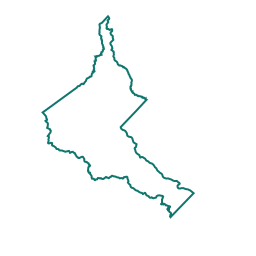 outline of Japurá, Amazonas, Brazil, rotated 44°
{"feature_id": "56859067B39136722056704", "entity_name": "Japurá", "entity_type": "district", "adm_level": 2, "iso_a3": "BRA", "parent_name": "Brazil", "parent_adm1": "Amazonas", "projection": "orthographic", "projection_center": [-68.104, -1.386], "detail": "fine", "context": "isolated", "style": "outline", "palette": "teal", "viewbox_px": 256, "rotation_deg": 44, "n_neighbors": 0, "source": "geoboundaries", "source_scale": "gbopen_adm2", "svg_char_len": 5758}
<svg xmlns="http://www.w3.org/2000/svg" viewBox="0 0 256 256"><g transform="rotate(44 128 128)"><path d="M220.5,162.6L220.5,129.3L216.1,129.7L213.8,130.5L211.8,131.9L209.6,132.8L208.3,134.1L207.5,135.4L206.1,136.4L204.8,136.1L203.8,135.2L203.6,134.7L204.0,132.5L203.8,132.1L202.9,131.8L202.0,132.2L200.5,132.1L199.9,132.2L198.4,133.8L196.8,134.6L195.4,134.8L191.9,136.4L190.6,137.8L188.4,138.8L186.9,138.8L184.9,137.7L183.7,137.6L181.7,138.1L180.4,138.0L178.7,138.2L176.2,137.3L174.7,137.5L172.7,136.9L171.5,136.8L170.0,136.9L168.1,137.9L165.2,138.1L163.9,138.7L161.9,138.2L160.9,138.3L159.9,138.6L158.9,138.7L158.1,139.2L157.4,140.7L157.0,140.7L155.0,139.6L152.7,140.1L151.0,140.1L149.7,139.6L148.1,138.5L147.2,138.3L146.7,137.5L146.9,136.2L146.7,135.8L145.4,133.7L142.5,134.4L141.5,134.3L138.5,132.6L137.1,132.3L136.0,132.7L134.9,133.6L133.1,134.0L132.4,133.7L130.6,132.5L128.2,132.0L126.6,132.4L125.3,133.1L123.6,133.2L122.1,132.4L122.0,110.3L121.7,95.1L121.4,95.3L121.0,95.0L121.1,95.4L120.7,95.1L119.8,95.1L119.8,94.8L119.6,94.8L119.6,95.0L119.1,94.9L118.7,95.3L118.3,95.2L118.0,95.6L117.3,95.2L117.4,95.3L117.2,95.9L116.8,95.6L116.2,95.8L116.2,96.2L114.7,96.7L113.7,97.6L113.3,97.5L112.9,98.1L112.0,98.3L111.2,98.2L110.2,98.9L110.0,99.4L109.3,99.1L108.4,99.0L107.5,99.3L107.4,99.1L106.9,99.0L106.5,99.3L105.9,99.2L105.7,98.8L105.5,99.1L104.1,98.7L103.7,98.3L103.1,97.9L103.0,98.0L102.5,97.6L102.3,97.8L102.0,97.4L101.4,97.0L101.0,96.5L101.1,95.9L100.8,95.7L100.8,95.0L100.3,94.6L99.9,93.8L98.8,93.0L98.5,92.1L97.5,90.8L96.5,90.4L95.2,90.3L94.4,89.8L93.7,89.8L92.2,88.9L90.8,88.7L90.0,88.1L88.0,87.4L87.4,86.9L86.3,86.8L85.6,86.6L84.5,87.0L83.1,86.9L82.9,87.2L82.4,87.2L82.3,87.7L80.9,87.5L80.0,88.0L79.0,88.3L78.4,89.1L77.5,89.1L76.5,89.3L75.5,88.6L73.8,88.1L72.0,88.5L70.7,88.3L69.6,87.1L68.0,86.8L67.6,86.5L66.7,84.8L65.7,84.1L65.1,83.3L64.5,83.0L63.9,83.2L62.9,83.1L62.0,83.4L61.6,83.0L61.5,81.7L60.9,81.2L59.0,80.2L57.5,80.0L56.8,79.6L56.2,78.9L56.1,78.4L56.2,74.8L54.2,73.6L53.6,72.8L52.9,72.4L51.0,72.6L49.6,72.0L49.3,71.5L49.1,70.8L49.3,69.6L49.2,69.2L48.4,68.3L47.7,68.1L47.4,68.5L47.0,69.6L46.7,70.2L45.1,70.4L44.2,71.3L43.5,71.3L42.9,70.7L42.8,70.1L42.4,69.7L41.7,69.4L40.8,68.7L40.6,68.2L40.3,65.7L39.9,65.3L38.8,65.0L38.6,64.5L38.8,63.0L38.5,62.3L37.5,61.8L36.0,61.6L36.2,70.4L35.9,71.4L35.5,72.0L35.5,73.3L38.3,75.5L38.6,76.2L40.5,78.5L41.0,78.7L41.6,79.9L43.0,80.7L43.5,80.5L44.4,80.6L45.2,80.5L46.2,82.1L46.6,82.1L47.5,82.6L47.6,83.0L48.4,83.0L49.6,84.2L49.9,84.4L50.3,85.1L52.2,85.8L52.4,86.1L54.3,86.8L54.4,87.5L54.9,87.5L55.7,87.8L55.9,88.2L55.7,89.4L56.1,89.6L56.7,90.7L56.2,92.1L56.6,92.4L56.9,93.2L57.3,93.0L57.6,93.3L57.5,93.8L58.0,93.9L57.2,95.2L57.1,96.0L56.3,97.0L56.2,97.7L55.4,98.2L55.6,98.6L55.2,99.0L55.6,99.0L55.5,99.4L55.9,99.5L55.8,99.9L56.9,100.8L57.1,101.3L57.6,101.3L58.1,101.8L58.2,102.3L57.6,103.2L58.8,104.0L59.2,104.1L59.9,105.2L59.7,106.8L59.9,107.2L60.6,107.3L60.9,107.7L62.6,108.9L62.6,109.6L63.2,110.3L63.6,110.1L64.5,110.4L64.6,110.9L63.8,111.6L63.5,111.6L63.5,112.0L64.0,112.2L64.4,112.6L64.2,113.7L64.4,114.2L65.7,116.0L65.6,117.0L64.9,117.6L64.9,118.9L64.1,121.0L64.4,122.1L65.1,123.7L65.1,125.6L65.5,126.5L65.5,127.3L64.2,128.0L63.8,129.4L63.9,131.3L62.9,132.9L63.1,134.6L55.8,176.1L60.7,176.5L61.6,176.9L62.3,177.6L63.8,178.1L64.1,178.4L63.7,180.2L64.4,180.4L64.9,180.2L66.7,180.2L67.6,180.7L69.3,182.9L69.4,183.5L69.7,184.1L72.9,183.1L73.4,183.6L74.0,183.5L74.5,183.7L75.4,185.3L75.5,187.1L76.0,188.2L75.7,189.1L75.9,189.6L76.9,189.2L77.4,189.5L78.0,190.1L78.5,191.3L79.7,192.2L80.8,194.2L81.2,194.4L81.7,194.1L82.1,193.7L82.8,192.2L83.8,191.6L84.4,192.0L85.0,193.0L85.8,193.2L86.5,192.9L86.8,192.6L88.0,192.5L89.3,192.2L91.1,192.7L92.7,191.5L94.0,191.7L94.6,191.5L96.2,190.0L99.3,188.7L101.5,185.5L102.7,185.7L103.4,186.2L103.7,185.9L104.2,184.2L104.8,183.5L106.2,183.5L106.9,183.0L107.3,183.1L107.6,183.3L108.1,183.3L108.7,183.7L109.4,183.7L111.0,184.3L111.8,184.0L113.1,184.1L114.0,183.2L114.1,182.5L114.8,180.9L115.3,180.2L115.8,180.1L118.2,180.7L118.5,181.2L119.6,182.1L120.7,182.1L121.8,181.1L122.7,181.2L124.4,180.8L125.3,181.6L126.0,181.2L126.7,181.3L127.0,182.1L126.7,183.2L126.8,183.8L129.0,186.6L129.5,186.5L129.7,186.9L130.8,187.4L131.6,186.5L131.9,186.5L132.7,187.4L134.5,187.6L135.4,188.0L136.3,189.0L137.4,189.4L138.0,188.7L138.7,188.3L140.2,188.6L140.5,188.4L140.6,187.3L141.4,186.4L141.1,184.9L141.9,184.2L143.1,183.6L143.3,182.9L144.5,182.7L145.5,182.0L145.7,181.6L146.2,178.5L146.6,178.3L147.4,178.3L148.0,177.7L148.9,177.6L149.2,176.8L149.2,175.5L149.7,174.7L149.5,173.9L149.6,173.6L150.3,173.0L151.2,172.8L152.6,171.7L153.3,171.4L153.8,171.4L155.8,170.1L157.1,169.9L157.9,168.6L159.4,168.0L159.6,167.3L159.2,166.6L159.2,166.3L160.9,163.9L161.6,163.8L163.0,164.9L164.4,165.4L165.4,166.1L165.7,167.2L166.9,167.5L169.4,167.4L170.2,168.2L171.4,168.5L172.1,168.4L173.5,167.6L176.7,167.4L177.4,167.2L178.5,166.5L179.8,166.4L181.5,166.0L183.3,165.0L184.5,165.2L184.7,164.9L185.1,163.0L185.4,162.8L186.2,162.9L188.0,163.6L190.2,162.7L190.9,163.0L192.2,162.9L192.8,162.4L193.2,161.4L194.4,161.3L195.1,160.9L195.6,159.8L196.4,158.9L196.5,158.5L196.0,157.1L196.4,155.7L197.3,154.7L200.0,152.9L200.9,152.9L201.1,153.3L201.3,154.1L201.9,154.7L202.1,155.8L204.3,158.0L205.0,158.3L205.2,158.6L204.6,159.1L204.6,159.7L204.8,159.8L205.2,159.6L205.2,159.2L205.7,158.7L206.3,158.6L206.1,157.9L206.7,157.4L208.0,157.1L208.5,157.1L208.8,157.4L209.4,156.8L210.5,156.5L212.0,155.6L212.8,155.3L213.0,155.5L213.2,156.1L213.2,157.0L213.6,157.5L212.4,157.6L212.4,158.0L212.6,158.9L213.2,158.8L213.6,159.2L214.2,158.9L214.4,159.4L215.1,159.3L216.4,159.6L217.2,159.3L218.0,159.4L218.7,159.9L218.9,160.6L218.9,161.2L219.4,161.5L219.7,162.4L220.5,162.6Z" fill="none" stroke="#0f766e" stroke-width="2"/></g></svg>